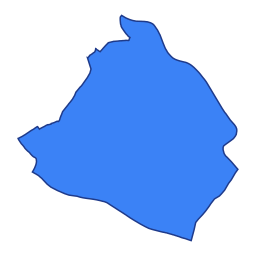 outline of Ba Tri, Bến Tre, Vietnam
{"feature_id": "81297802B69586170313052", "entity_name": "Ba Tri", "entity_type": "district", "adm_level": 2, "iso_a3": "VNM", "parent_name": "Vietnam", "parent_adm1": "Bến Tre", "projection": "orthographic", "projection_center": [106.572, 10.071], "detail": "fine", "context": "isolated", "style": "filled", "palette": "blue", "viewbox_px": 256, "rotation_deg": 0, "n_neighbors": 0, "source": "geoboundaries", "source_scale": "gbopen_adm2", "svg_char_len": 4394}
<svg xmlns="http://www.w3.org/2000/svg" viewBox="0 0 256 256"><path d="M237.9,169.3L237.5,168.9L231.5,161.9L227.6,157.8L226.8,157.0L225.5,155.8L224.1,153.5L223.1,149.7L223.1,148.4L223.1,147.4L223.7,145.8L226.5,143.7L230.8,140.6L233.3,138.7L234.3,137.5L235.4,136.0L236.3,134.3L236.3,134.0L236.8,131.0L236.7,129.0L235.9,126.9L234.4,124.7L230.4,120.2L229.8,119.4L229.2,118.5L228.5,117.5L227.8,116.5L227.1,115.5L226.5,114.6L225.8,113.6L224.8,112.5L224.6,112.2L222.2,108.5L206.7,82.6L206.4,82.1L204.6,79.6L202.7,77.3L201.3,75.5L200.4,74.3L198.5,72.1L196.3,69.8L194.6,68.1L194.0,67.5L192.1,65.9L190.8,64.9L188.8,63.7L187.1,62.9L185.8,62.4L183.6,61.9L179.6,60.9L177.1,60.1L175.1,59.3L173.7,58.5L172.6,57.8L170.9,56.2L168.9,54.0L168.0,52.9L167.3,51.9L166.4,50.2L165.6,49.0L164.9,47.5L163.6,44.3L163.3,43.6L160.0,34.9L159.3,33.7L158.3,31.6L158.2,31.5L157.5,30.1L156.1,28.1L155.1,26.6L153.9,25.0L152.7,23.9L150.6,22.8L147.7,21.9L144.5,21.5L140.1,21.3L136.2,21.2L132.7,20.5L129.8,19.6L127.6,18.7L125.6,17.8L123.8,16.7L121.6,15.4L120.5,16.8L120.3,17.1L120.2,18.3L120.2,20.0L120.4,22.4L120.6,24.2L121.1,25.6L121.2,26.5L121.9,27.8L123.8,30.6L125.0,32.3L125.6,33.1L126.2,33.9L127.2,34.9L127.5,35.3L128.2,36.2L129.2,37.0L129.6,37.2L129.9,37.4L129.8,37.5L129.8,37.8L129.6,38.2L129.5,38.6L129.2,39.3L129.1,39.7L129.0,39.9L129.0,40.1L128.9,40.3L128.5,40.5L127.9,40.5L127.3,40.4L126.5,40.4L126.0,40.3L125.8,40.3L125.6,40.4L125.4,40.5L124.7,40.5L123.5,40.6L122.9,40.6L121.2,40.8L120.1,40.8L117.6,41.1L114.9,41.3L113.4,41.4L113.2,41.5L109.5,42.4L108.6,42.7L108.3,42.7L108.0,43.1L106.7,44.4L106.2,44.9L104.9,46.3L104.2,47.1L103.2,48.2L102.2,49.4L100.1,51.7L99.1,51.1L98.0,50.3L97.1,49.8L96.7,49.6L96.2,49.0L96.0,48.7L95.7,48.6L95.6,49.5L95.5,49.9L95.2,50.9L94.8,51.8L94.4,52.2L94.0,52.5L93.4,52.8L92.7,53.4L91.9,54.0L90.7,54.8L90.1,55.1L89.8,55.3L89.5,55.5L89.5,55.8L89.5,56.0L89.4,56.2L88.9,56.6L88.5,57.0L88.2,57.5L88.0,57.8L87.4,57.6L90.3,66.8L91.0,69.1L89.9,73.1L89.8,73.3L89.2,74.3L87.4,77.5L81.5,85.8L80.2,87.0L75.9,92.2L74.9,94.8L74.4,95.9L73.6,97.2L72.6,99.0L72.0,99.8L71.7,100.2L70.3,102.0L68.6,104.0L68.3,104.5L67.5,105.5L65.8,107.6L62.8,111.4L62.5,111.9L62.2,112.8L61.7,114.1L61.4,114.9L61.0,115.8L60.9,115.9L60.7,116.4L60.7,116.6L60.6,117.0L60.4,117.2L60.1,118.2L59.9,118.9L59.8,119.3L59.6,119.8L59.6,120.0L59.3,120.4L59.0,120.8L58.8,121.2L58.4,121.5L58.2,121.5L57.9,121.5L57.5,121.3L57.2,121.2L57.0,121.3L56.3,121.6L54.6,122.4L53.9,122.7L51.9,123.3L51.2,123.5L51.2,123.8L51.1,124.0L50.8,124.2L50.5,124.2L49.9,124.4L48.5,124.7L48.4,124.7L47.7,124.7L47.5,124.8L47.4,124.8L47.1,125.0L46.4,125.2L45.5,125.8L44.9,126.1L44.5,126.4L43.0,127.1L41.7,127.8L41.1,128.1L40.0,128.7L39.6,128.9L39.4,129.1L39.0,128.6L38.3,127.6L37.7,126.8L37.5,126.6L37.3,126.6L35.0,128.1L33.4,129.3L33.0,129.5L32.6,129.7L32.0,130.0L30.9,130.7L29.1,131.9L28.6,132.3L27.8,132.8L24.7,134.9L24.1,135.2L22.2,136.4L21.4,136.8L20.0,137.5L19.3,137.9L18.9,138.1L18.1,138.4L18.6,139.6L19.0,140.2L20.1,141.9L21.3,143.7L22.7,145.2L24.0,146.8L24.1,147.0L24.3,147.3L24.9,148.2L25.4,148.8L26.9,150.3L27.7,151.1L29.1,152.2L29.7,152.8L30.5,153.9L32.3,155.8L33.5,156.8L35.1,157.6L35.7,158.1L36.0,158.4L36.2,158.8L36.3,159.4L36.5,161.9L36.4,162.3L36.2,163.5L35.9,164.7L35.3,166.3L34.5,168.2L33.3,170.5L32.4,172.0L34.8,173.4L36.3,174.2L36.9,174.6L37.8,175.1L38.8,175.8L40.2,177.1L41.7,178.3L43.9,180.7L44.3,181.1L47.3,184.3L51.0,187.2L57.4,190.5L64.8,193.7L69.0,195.1L72.4,195.6L75.3,196.0L77.0,196.2L79.9,197.1L83.1,197.8L86.9,198.4L90.1,198.8L92.9,199.2L96.5,199.8L100.5,200.7L102.7,201.3L104.2,201.6L105.8,202.2L107.2,202.8L110.2,204.8L118.1,209.9L124.2,213.8L130.4,218.0L134.6,220.6L137.0,222.0L140.2,223.9L145.2,226.6L148.9,228.4L152.1,229.4L156.7,230.6L160.6,231.6L162.7,232.1L163.2,232.2L163.9,232.3L164.8,232.5L165.5,232.7L166.3,232.8L167.1,233.0L167.6,233.2L168.3,233.4L169.1,233.6L169.7,233.8L170.4,234.0L171.3,234.2L171.9,234.4L172.7,234.7L173.4,234.8L174.2,235.1L174.7,235.2L175.3,235.5L176.1,235.7L176.8,235.9L177.6,236.2L178.3,236.4L179.0,236.6L179.6,236.8L180.2,237.1L181.1,237.4L181.9,237.7L183.0,238.0L183.7,238.2L185.3,238.6L187.0,239.2L188.7,239.8L189.7,240.1L190.4,240.4L191.2,240.6L194.1,229.7L195.7,222.5L198.4,219.1L202.9,214.3L205.8,210.8L209.1,206.3L210.8,203.7L214.5,198.9L219.4,196.0L221.5,193.8L224.6,190.2L228.6,183.3L231.3,179.8L235.2,173.1L237.7,169.6L237.9,169.3Z" fill="#3b82f6" stroke="#1e3a8a" stroke-width="1.5"/></svg>